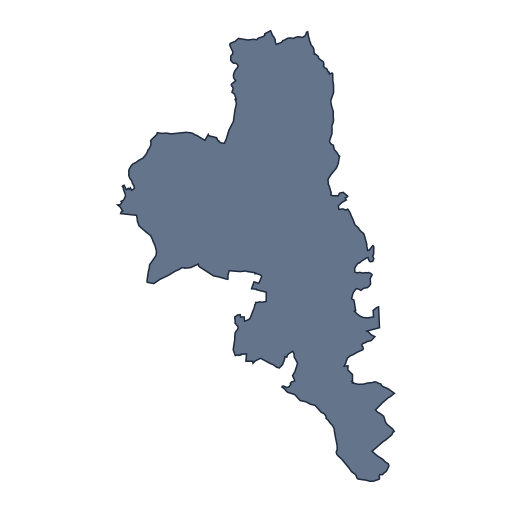 Chiochis, Bistrita-Nasaud, Romania
{"feature_id": "2599482B79124643183064", "entity_name": "Chiochis", "entity_type": "district", "adm_level": 2, "iso_a3": "ROU", "parent_name": "Romania", "parent_adm1": "Bistrita-Nasaud", "projection": "albers", "projection_center": [24.176, 46.97], "detail": "fine", "context": "isolated", "style": "filled", "palette": "slate", "viewbox_px": 512, "rotation_deg": 0, "n_neighbors": 0, "source": "geoboundaries", "source_scale": "gbopen_adm2", "svg_char_len": 6045}
<svg xmlns="http://www.w3.org/2000/svg" viewBox="0 0 512 512"><path d="M392.7,429.0L387.1,424.4L385.5,422.0L383.7,416.2L380.4,413.7L377.4,412.0L375.5,409.9L382.3,402.9L388.0,397.9L390.6,396.4L394.4,393.3L388.0,388.7L383.1,386.6L381.5,385.5L380.7,383.9L378.4,383.3L376.9,382.3L374.6,381.8L372.3,382.6L367.5,383.0L363.8,384.1L358.4,384.3L352.6,383.0L353.2,382.4L351.8,381.4L352.5,380.7L352.5,374.5L348.1,370.3L347.8,369.1L348.1,365.9L344.2,366.1L346.0,362.7L346.1,361.3L347.0,359.7L347.2,358.3L347.7,357.9L350.1,355.9L353.7,354.4L356.9,352.4L363.0,349.6L363.3,348.3L362.5,346.3L361.8,345.8L362.0,344.7L362.7,343.6L365.6,342.6L367.0,341.6L371.2,340.6L374.9,336.6L371.5,335.0L368.1,331.7L366.9,331.1L379.5,327.7L378.6,306.8L376.7,307.6L373.1,310.4L373.5,316.9L367.5,317.9L363.1,317.5L359.7,315.9L357.3,314.1L354.4,311.2L355.7,310.7L353.9,300.0L351.6,298.8L352.8,293.8L353.6,292.1L356.3,288.6L358.7,289.1L360.9,290.4L363.6,288.3L367.5,287.6L369.5,285.7L370.6,284.1L370.2,278.5L372.2,274.9L371.0,273.5L368.5,272.5L367.6,272.9L366.1,272.6L362.4,273.0L359.7,272.3L358.0,272.8L355.1,272.3L354.7,271.1L354.8,268.3L355.9,266.1L358.1,263.0L359.2,263.1L361.7,261.0L366.9,257.7L368.1,257.6L368.1,258.3L369.3,261.0L370.1,261.7L372.1,261.6L373.2,260.8L373.8,258.4L372.6,256.1L373.4,255.0L373.7,253.3L373.8,247.0L373.1,245.7L372.7,245.6L369.3,250.0L367.7,250.5L366.7,246.0L366.8,244.3L364.2,234.7L363.4,233.3L361.4,231.8L359.2,229.4L358.6,228.0L355.0,224.9L353.1,219.8L350.6,214.3L350.6,213.8L348.4,209.9L347.6,209.1L345.9,210.1L343.0,208.9L338.9,209.4L338.4,205.8L342.0,202.4L346.3,200.0L345.2,198.2L347.6,196.6L347.8,196.3L347.7,196.1L343.1,192.3L339.5,193.2L338.4,195.7L332.5,195.7L330.7,194.8L331.1,194.0L331.2,192.7L329.2,186.0L328.3,184.2L328.3,182.2L328.0,180.9L328.2,179.0L330.7,175.0L336.5,167.9L338.3,163.4L339.1,158.1L339.7,156.2L338.7,155.5L337.1,152.7L334.4,149.7L333.3,145.2L331.5,144.3L330.7,143.5L330.0,142.6L329.5,141.0L331.9,134.0L332.1,129.1L331.8,126.2L333.1,122.6L333.6,120.1L333.2,116.6L333.3,111.5L331.7,106.4L330.8,102.0L331.0,100.1L333.6,92.4L333.5,84.3L332.9,81.4L332.7,73.8L332.1,73.0L329.4,74.0L329.1,72.1L328.0,71.6L327.1,69.3L326.4,68.5L325.0,68.0L323.6,66.3L323.5,65.6L324.0,64.8L323.4,61.9L319.2,58.8L318.5,57.7L318.4,56.7L317.8,56.0L315.0,53.9L314.3,54.1L313.8,48.9L312.9,47.1L311.1,45.0L310.3,42.3L309.5,40.8L309.4,39.5L308.6,36.8L307.7,31.7L306.4,32.3L306.1,34.3L304.7,36.0L302.6,37.4L298.2,36.7L295.0,37.5L294.0,38.4L289.9,37.9L287.5,38.3L284.7,40.0L282.8,40.6L281.5,42.4L276.2,44.4L275.3,42.1L275.1,39.4L273.6,36.6L272.5,35.4L270.6,30.7L264.7,33.8L264.7,35.3L263.6,36.4L258.1,38.2L256.9,39.7L253.1,39.3L248.0,40.0L238.4,38.4L235.1,41.4L230.2,43.4L229.7,45.0L232.0,50.3L232.8,51.4L232.8,52.3L232.6,53.9L230.8,56.0L230.7,60.5L232.9,62.8L233.7,63.2L235.6,63.2L237.2,64.3L238.1,65.9L237.8,67.0L234.8,70.9L233.9,73.2L233.4,75.4L233.6,77.7L234.8,79.7L235.7,80.3L235.6,80.8L231.7,83.9L231.3,84.7L231.4,85.4L233.3,88.3L231.9,92.2L234.0,93.6L234.9,95.0L236.1,99.2L235.2,99.2L235.1,99.6L236.1,101.6L236.3,104.2L234.9,110.3L233.4,121.5L229.0,129.9L226.2,139.2L224.3,143.3L221.9,143.1L218.9,141.8L218.9,140.8L217.8,140.4L217.2,139.3L217.0,138.3L216.4,138.1L216.4,137.6L209.0,135.8L208.3,134.4L204.9,140.3L196.6,135.3L195.1,135.0L192.9,133.4L190.8,132.8L186.1,132.3L171.1,133.9L166.8,133.1L161.9,133.4L157.2,132.7L157.0,134.2L156.4,134.9L150.6,140.5L150.9,142.2L150.9,145.0L149.2,148.5L148.0,150.0L146.9,152.9L145.5,155.0L142.8,158.2L138.5,160.5L135.9,162.5L133.0,163.9L131.2,165.7L129.1,169.3L128.7,171.8L129.0,173.3L128.7,174.8L129.0,176.2L129.7,178.0L131.8,181.0L132.4,183.4L133.9,185.7L134.4,188.3L131.8,190.4L130.3,187.9L129.4,189.3L128.3,188.3L126.4,189.8L124.1,185.2L122.5,186.0L122.3,186.4L123.3,187.6L123.4,189.1L125.4,194.7L125.5,195.9L123.6,200.1L121.0,201.4L121.9,202.4L120.4,204.6L117.6,204.9L120.3,207.1L121.9,209.9L122.8,210.9L121.4,211.6L120.6,213.6L136.5,215.3L137.1,218.1L137.4,221.3L139.0,225.8L145.6,231.7L150.6,235.6L152.4,239.3L152.9,241.0L155.0,245.7L156.5,251.2L156.1,254.9L155.7,256.1L149.6,264.7L149.2,268.3L148.4,271.3L147.4,277.8L147.0,281.2L147.2,282.3L153.8,283.6L159.7,279.5L168.8,275.1L174.6,271.5L179.3,269.4L181.5,267.8L184.6,267.8L184.8,268.2L190.7,267.6L198.3,264.1L198.7,265.9L199.1,266.6L213.6,275.9L218.7,276.9L226.8,279.2L227.8,279.3L228.0,278.5L227.9,275.8L229.1,270.7L240.2,271.6L245.7,271.0L247.1,271.5L254.2,272.6L255.0,272.9L254.9,273.7L256.0,273.8L256.2,273.4L261.0,275.2L261.6,276.2L260.2,280.3L258.7,283.3L254.0,281.8L251.5,288.8L256.3,289.2L256.4,289.7L266.2,292.2L266.2,301.4L262.3,302.2L259.1,301.9L258.0,302.4L255.7,302.4L255.6,303.7L254.8,304.8L254.1,308.4L253.3,309.9L250.0,318.6L246.9,320.4L244.6,321.1L244.1,316.9L240.5,317.1L240.3,314.7L237.3,315.0L236.4,316.1L234.9,316.7L234.7,318.4L235.1,320.3L235.1,323.3L235.8,323.7L236.2,324.7L238.0,326.7L238.1,328.0L237.6,329.3L235.2,332.5L234.7,337.3L234.8,339.1L233.2,349.4L233.4,350.4L235.3,355.6L237.9,354.8L238.3,355.4L241.0,355.0L241.1,354.2L246.5,354.0L245.9,361.2L252.7,361.3L253.0,363.3L255.4,360.8L260.6,358.3L270.4,363.6L273.1,364.6L276.4,367.1L279.3,368.0L282.6,364.6L284.6,359.2L284.8,356.7L286.8,357.2L287.4,355.2L288.8,353.7L292.6,351.3L294.0,353.7L294.2,357.0L297.1,362.3L297.4,363.3L297.3,364.2L295.0,371.3L292.5,375.7L294.3,379.3L294.6,380.8L293.6,381.5L292.0,381.6L290.3,383.2L290.7,384.5L288.9,386.9L286.8,387.5L283.4,386.0L282.1,386.4L282.0,387.2L284.7,389.0L285.7,390.5L287.6,392.3L294.8,394.6L300.2,400.6L306.1,401.8L310.3,404.2L315.1,405.4L321.2,412.3L324.2,413.7L326.2,416.6L326.0,418.3L328.1,420.1L330.4,423.4L332.0,424.8L334.0,428.2L334.9,434.5L337.1,445.5L337.2,449.3L336.2,452.2L336.7,454.1L338.1,455.9L341.6,459.0L349.5,468.7L351.6,471.7L355.6,474.6L357.2,478.5L358.8,479.2L366.2,480.2L370.0,481.3L373.5,481.2L379.2,479.2L379.6,477.8L379.0,476.2L379.8,474.6L382.5,474.7L383.8,473.2L386.4,471.2L388.6,466.8L388.9,465.4L388.1,463.7L385.1,461.8L382.9,459.4L377.1,455.7L372.1,451.2L383.4,441.4L385.4,440.2L391.8,434.8L392.8,432.4L394.3,431.5L392.7,429.0Z" fill="#64748b" stroke="#1e293b" stroke-width="1.5"/></svg>